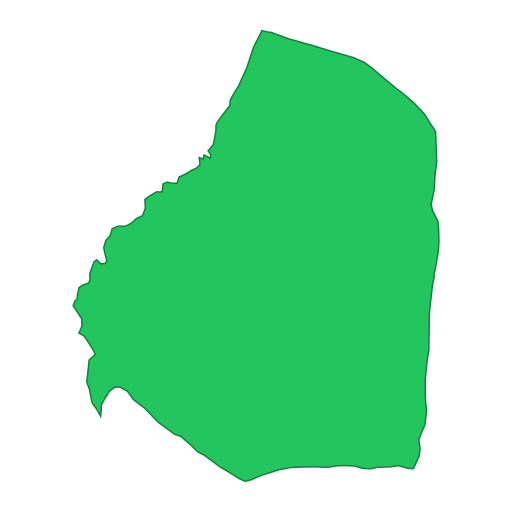 Trenbo, Grand Kru, Liberia
{"feature_id": "62588387B53229219679368", "entity_name": "Trenbo", "entity_type": "district", "adm_level": 2, "iso_a3": "LBR", "parent_name": "Liberia", "parent_adm1": "Grand Kru", "projection": "natural_earth1", "projection_center": [-7.882, 4.705], "detail": "fine", "context": "isolated", "style": "filled", "palette": "green", "viewbox_px": 512, "rotation_deg": 0, "n_neighbors": 0, "source": "geoboundaries", "source_scale": "gbopen_adm2", "svg_char_len": 2265}
<svg xmlns="http://www.w3.org/2000/svg" viewBox="0 0 512 512"><path d="M75.1,300.7L73.1,305.8L76.3,310.6L81.7,318.7L81.9,326.4L78.9,333.1L83.9,335.8L87.7,341.2L92.9,349.5L95.3,354.3L89.1,360.1L87.9,372.1L86.7,381.9L89.5,389.5L90.7,396.2L92.2,402.9L96.8,409.4L100.6,416.3L101.3,409.4L101.2,405.3L104.6,398.9L109.4,391.4L114.7,387.1L119.7,387.1L127.3,391.1L133.4,399.6L137.0,402.3L145.0,408.5L158.1,422.2L168.1,429.4L174.7,434.3L181.1,436.5L190.8,445.1L192.0,446.2L197.7,451.9L204.7,455.5L210.7,460.0L220.0,466.9L229.7,472.6L238.9,478.5L245.2,481.3L247.1,480.8L250.8,479.9L261.7,475.2L265.9,473.9L278.7,469.9L290.1,467.6L299.5,467.1L315.4,466.8L327.5,467.3L337.9,465.7L347.3,465.6L355.0,466.1L362.2,468.3L370.4,468.8L377.6,467.3L391.1,466.8L398.6,465.7L407.1,468.1L413.3,468.8L414.5,466.4L419.1,456.1L419.9,450.2L420.1,448.9L418.9,439.6L421.6,432.5L424.9,425.1L426.6,410.1L425.7,403.6L425.3,395.9L425.2,379.6L426.9,362.4L427.2,360.2L428.9,349.3L429.0,337.7L429.1,333.6L429.1,332.7L429.3,314.2L429.4,312.7L432.4,285.9L434.3,276.0L433.9,274.0L435.1,270.3L436.7,260.8L438.3,251.6L438.9,243.3L438.9,240.5L438.7,230.7L438.2,224.8L438.1,223.8L437.9,221.3L432.9,211.4L432.5,210.1L431.1,204.5L432.5,197.7L434.2,189.6L434.9,176.8L436.7,161.2L436.0,142.7L435.6,131.6L430.4,123.6L424.4,114.0L422.9,112.3L414.1,103.1L402.8,93.4L395.0,87.5L389.2,82.6L384.4,78.6L377.0,72.3L376.1,71.6L370.5,66.9L364.3,62.4L353.7,57.7L345.1,55.2L330.7,51.1L312.6,45.5L305.6,43.6L288.6,38.8L271.0,32.3L268.9,32.2L261.7,30.7L261.3,32.0L253.7,47.0L250.9,55.1L246.9,67.6L238.5,86.1L234.1,93.0L230.3,100.0L229.7,105.7L223.4,113.8L218.2,120.8L216.8,123.1L216.0,125.2L215.8,131.4L214.4,139.3L213.2,144.8L208.1,150.8L210.7,154.8L210.3,158.2L208.1,157.1L204.1,155.0L202.9,159.2L199.3,157.5L199.9,164.7L196.3,168.2L191.5,170.3L185.7,174.0L179.1,177.0L177.1,183.2L171.4,183.2L167.4,182.1L163.0,183.9L162.2,191.8L158.8,192.0L156.7,191.8L150.3,195.5L144.9,199.4L145.3,208.4L142.5,215.6L136.7,218.4L131.3,223.2L125.5,226.2L117.9,226.2L112.1,228.8L110.1,235.7L105.9,240.3L103.7,247.7L105.1,254.2L106.7,260.5L105.3,263.6L100.6,263.7L96.8,259.8L94.2,261.6L91.8,267.9L89.8,273.6L90.0,279.6L88.6,283.1L82.8,285.0L79.0,287.7L77.6,294.0L77.0,299.5L75.1,300.7Z" fill="#22c55e" stroke="#15803d" stroke-width="1.5"/></svg>